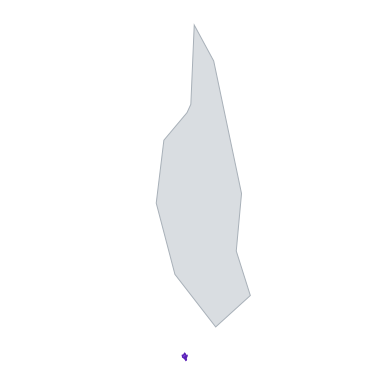 location of Ikelau, Palau, rotated 340°
{"feature_id": "81905179B16358514797122", "entity_name": "Ikelau", "entity_type": "district", "adm_level": 2, "iso_a3": "PLW", "parent_name": "Palau", "parent_adm1": "", "projection": "natural_earth1", "projection_center": [134.481, 7.339], "detail": "fine", "context": "in_parent", "style": "filled", "palette": "violet", "viewbox_px": 384, "rotation_deg": 340, "n_neighbors": 0, "source": "geoboundaries", "source_scale": "gbopen_adm2", "svg_char_len": 1461}
<svg xmlns="http://www.w3.org/2000/svg" viewBox="0 0 384 384"><g transform="rotate(340 192 192)"><path d="M211.4,309.2L168.1,326.9L147.8,263.6L154.6,190.2L183.3,133.7L214.5,115.7L220.9,109.2L251.2,35.9L257.2,76.3L238.0,210.4L213.4,262.6L211.4,309.2Z" fill="#d9dde1" stroke="#a8b0b8" stroke-width="1"/><path d="M128.7,348.1L128.8,348.1L129.0,347.9L129.3,347.7L129.4,347.2L129.3,346.7L129.3,346.4L129.3,346.2L129.1,346.1L128.9,346.0L129.2,345.8L129.3,345.9L129.3,346.1L129.5,346.2L129.8,346.0L129.9,345.9L129.9,345.7L129.8,345.3L129.6,345.2L129.4,345.1L129.2,344.8L129.4,344.7L129.5,344.7L129.9,344.4L130.0,344.3L130.1,344.2L130.2,344.3L130.3,344.5L130.7,344.4L130.5,343.6L130.4,342.8L130.2,342.2L130.1,341.4L129.9,341.1L129.6,341.3L129.5,341.5L129.2,341.8L128.9,342.0L128.7,342.1L128.4,342.2L128.2,342.3L127.9,342.3L127.3,342.2L127.1,342.2L127.0,342.7L127.0,343.2L126.8,343.9L126.8,344.1L127.0,344.3L127.4,344.7L128.4,346.7L128.7,347.9L128.7,348.1ZM129.8,344.8L129.7,344.9L129.7,345.0L129.8,345.1L130.0,345.2L130.4,345.0L130.3,344.9L130.2,344.8L129.9,344.8L129.8,344.8ZM131.0,344.6L131.1,344.4L130.8,344.5L130.7,344.7L130.5,344.9L130.8,344.8L130.9,344.7L131.0,344.6L131.0,344.6ZM129.4,344.9L129.4,345.0L129.5,345.0L129.5,344.9L129.4,344.8L129.4,344.9ZM129.8,344.6L130.0,344.6L129.9,344.5L129.8,344.6ZM130.5,344.7L130.5,344.8L130.6,344.7L130.5,344.7ZM130.0,344.6L129.9,344.6L130.0,344.7L130.0,344.6Z" fill="#8b5cf6" stroke="#5b21b6" stroke-width="1.5"/></g></svg>